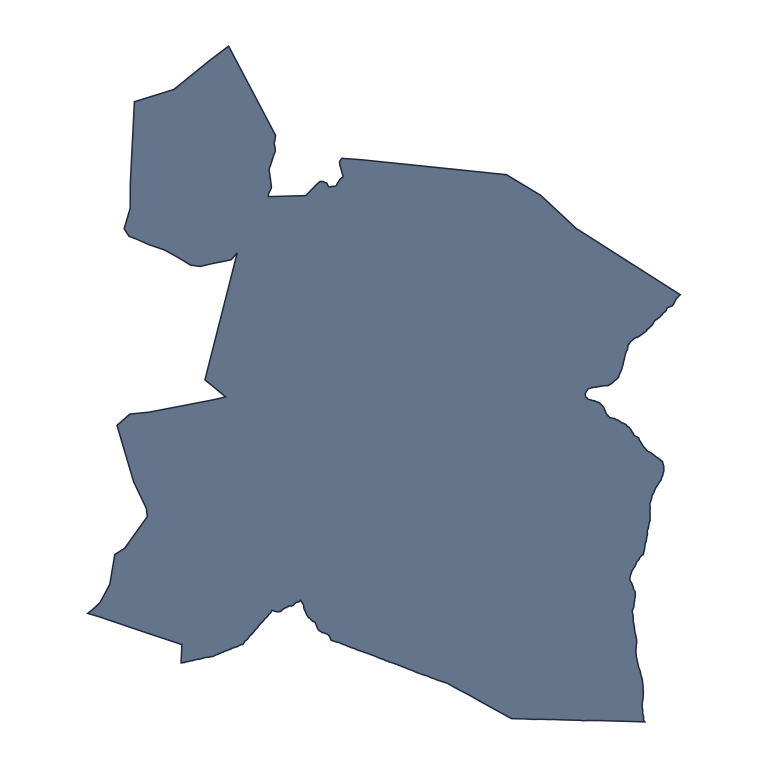 the district of Ranerou, Matam, Senegal
{"feature_id": "50182788B34306626760019", "entity_name": "Ranerou", "entity_type": "district", "adm_level": 2, "iso_a3": "SEN", "parent_name": "Senegal", "parent_adm1": "Matam", "projection": "robinson", "projection_center": [-14.026, 15.106], "detail": "fine", "context": "isolated", "style": "filled", "palette": "slate", "viewbox_px": 768, "rotation_deg": 0, "n_neighbors": 0, "source": "geoboundaries", "source_scale": "gbopen_adm2", "svg_char_len": 6114}
<svg xmlns="http://www.w3.org/2000/svg" viewBox="0 0 768 768"><path d="M680.3,294.8L576.1,228.4L540.8,195.4L506.5,174.7L361.3,159.7L341.9,158.3L340.0,160.8L339.5,162.3L339.7,164.4L342.5,174.5L343.0,175.5L343.0,176.8L340.5,178.7L339.6,179.9L336.9,184.3L336.1,185.9L335.1,186.3L332.1,186.3L330.2,187.0L328.7,186.7L328.1,186.1L327.0,183.3L326.2,182.8L325.0,182.6L323.2,181.5L320.1,181.4L315.7,185.3L305.9,195.5L302.6,195.7L268.5,196.6L268.3,195.4L268.4,194.4L268.8,193.3L271.3,188.2L271.4,186.9L270.8,181.5L269.5,172.3L269.1,170.6L269.1,169.7L269.6,167.5L270.7,164.9L273.9,154.7L275.2,151.8L275.3,150.1L274.8,146.1L274.3,143.9L274.3,143.3L274.3,142.2L274.7,141.3L275.6,135.4L228.6,46.1L210.2,60.0L173.8,89.5L134.4,101.7L130.3,183.6L130.2,208.2L124.1,228.7L129.0,236.3L136.4,239.1L148.7,244.6L164.7,250.1L179.4,258.3L190.5,265.1L200.3,266.5L211.4,263.8L231.1,259.8L237.2,253.0L204.9,379.9L215.7,388.6L225.5,396.9L212.7,399.9L149.4,412.1L129.8,414.1L117.0,425.4L133.6,481.7L146.3,508.4L147.3,516.6L124.6,548.3L114.8,554.5L109.8,584.2L100.0,602.6L93.5,608.7L87.7,613.4L99.8,617.0L146.9,633.0L181.9,644.6L181.0,663.5L181.2,663.0L182.1,662.9L182.6,662.5L184.1,662.7L185.7,662.0L188.4,661.5L190.9,660.8L192.2,660.8L195.3,659.7L196.7,659.6L198.4,659.1L199.2,659.3L202.7,658.4L203.6,657.8L209.9,657.0L210.6,656.6L211.9,656.7L214.0,656.0L215.8,654.9L218.1,654.3L219.1,653.5L220.0,653.5L222.1,652.3L223.3,652.2L224.5,651.2L226.0,650.9L231.0,649.0L232.4,648.1L233.5,647.9L234.5,647.4L237.3,646.7L239.9,645.2L241.7,644.5L242.7,644.5L243.4,643.9L244.8,641.5L245.5,640.7L246.3,640.3L247.2,639.4L248.2,638.3L249.6,636.0L250.7,635.4L251.1,634.5L251.7,634.3L253.8,631.9L255.3,629.8L257.6,627.6L258.6,625.9L259.8,624.4L260.7,623.7L262.4,621.7L263.4,621.0L264.8,618.9L265.8,618.2L266.4,617.6L267.7,616.1L269.2,614.0L270.3,613.2L270.9,612.5L271.7,610.8L272.0,610.4L272.9,610.6L275.7,611.6L278.0,611.9L281.0,611.3L281.6,610.4L284.3,608.4L285.6,607.7L286.8,607.5L287.4,606.8L288.1,606.8L288.3,606.2L289.1,605.8L289.7,606.0L290.2,605.8L291.2,606.2L293.0,605.4L295.1,603.4L297.0,602.0L298.5,602.0L299.3,601.7L300.5,600.3L303.0,604.0L303.5,605.0L303.7,605.6L303.7,607.3L304.0,608.7L306.8,615.0L307.3,615.9L307.9,616.5L308.4,617.4L309.9,618.4L312.4,621.1L314.0,621.8L315.3,622.6L317.6,628.8L319.5,630.9L320.9,631.5L322.0,632.7L323.6,632.6L326.2,633.9L326.9,634.0L327.6,634.6L328.5,635.0L329.9,637.1L330.4,638.5L330.7,638.8L331.0,640.2L336.9,642.2L338.1,642.2L339.3,642.7L343.2,644.5L344.5,644.8L346.7,645.7L347.8,646.4L349.0,646.6L351.0,647.6L355.2,648.8L356.2,649.5L357.9,650.2L361.9,651.4L363.9,652.3L365.6,652.7L367.4,653.3L367.9,653.7L369.6,654.0L370.6,654.7L373.6,655.5L374.6,656.2L375.5,656.3L377.9,657.6L384.3,659.9L386.2,660.9L387.4,661.0L388.4,661.7L393.9,663.4L395.4,664.1L396.8,664.3L398.7,665.3L400.7,665.9L402.5,666.8L404.6,667.4L406.4,668.3L412.1,670.5L413.4,670.8L414.3,671.5L416.9,672.6L424.5,675.3L425.4,675.4L427.9,676.2L431.4,677.9L433.5,678.4L437.1,680.0L445.1,682.6L446.3,682.8L457.8,689.2L469.0,695.0L479.6,701.1L511.6,718.7L524.3,718.9L532.3,719.4L542.4,719.3L549.4,719.6L554.0,719.5L562.6,719.9L579.5,720.3L583.5,720.7L587.9,720.5L600.1,720.6L644.8,721.9L643.6,720.3L643.5,719.1L643.7,716.9L642.8,714.0L642.6,712.5L642.8,710.5L642.2,707.1L642.3,703.3L642.5,701.5L643.0,699.0L643.4,693.3L643.2,692.1L643.4,690.8L643.1,689.7L643.1,687.2L642.5,681.3L642.1,678.5L640.9,675.1L640.3,671.3L638.9,667.9L638.3,665.5L636.3,656.3L635.9,651.8L636.3,645.6L636.7,642.7L636.6,639.5L635.8,635.6L634.9,632.1L634.2,625.8L633.4,622.1L633.2,620.0L633.2,616.8L632.9,614.3L632.3,612.5L632.4,610.2L633.7,607.7L633.9,606.3L634.1,604.9L634.0,603.3L634.5,602.0L634.7,599.1L635.4,596.0L635.3,592.4L634.7,590.9L633.3,588.6L633.1,586.6L631.9,583.5L630.1,580.5L629.8,578.8L630.1,577.7L630.1,576.4L631.4,572.6L632.2,570.5L635.3,565.8L636.7,562.0L639.2,559.3L639.3,558.6L639.8,557.6L641.7,555.3L643.0,554.9L643.6,553.9L643.7,552.4L644.5,549.6L645.3,543.3L646.2,541.3L646.9,536.4L647.4,534.9L647.5,533.9L647.2,531.3L647.5,529.9L648.3,528.4L649.2,522.8L650.3,520.1L650.0,518.7L650.2,516.0L650.0,513.9L650.2,512.8L649.8,511.8L650.2,509.7L649.9,503.7L651.7,498.3L652.2,495.1L653.8,492.7L654.7,490.2L655.9,487.7L657.4,485.4L659.1,482.6L661.1,480.0L661.7,477.5L662.7,475.7L663.2,472.9L663.6,472.1L664.0,470.0L663.7,468.7L663.9,467.6L663.5,464.9L663.0,463.8L662.6,461.6L658.6,458.4L656.0,456.8L654.0,455.1L651.0,452.9L647.8,451.2L646.5,450.2L645.4,448.5L643.1,446.2L641.3,442.8L640.6,442.1L640.2,441.2L639.3,440.2L639.2,439.4L638.8,438.0L637.7,437.5L637.0,436.8L635.0,435.9L634.2,435.3L633.3,434.2L633.4,433.5L631.9,431.5L631.3,430.1L630.5,429.1L629.9,428.7L629.1,427.3L627.0,426.0L626.1,424.7L625.1,424.0L621.2,422.4L617.7,419.9L616.1,419.5L615.4,419.3L614.8,418.6L613.9,418.4L610.4,417.8L609.7,417.5L606.5,414.0L605.8,412.6L605.3,410.9L604.8,410.2L604.3,408.6L603.2,406.7L602.4,405.6L601.4,405.0L600.7,403.9L600.2,403.6L599.2,402.6L598.6,402.6L597.9,402.0L597.5,402.2L594.3,400.6L593.0,400.7L590.2,399.7L589.0,399.5L587.6,398.8L587.1,397.9L585.9,397.2L585.2,394.8L585.6,392.8L586.8,390.7L587.5,390.1L588.2,388.7L590.7,388.2L591.7,387.5L592.2,387.8L593.1,387.4L595.2,387.4L595.8,386.8L596.3,387.1L597.4,387.0L598.8,386.4L599.5,386.6L603.0,385.8L603.6,386.0L605.0,385.5L607.0,385.8L608.8,385.4L609.7,384.4L611.8,383.6L612.8,382.3L613.6,381.8L614.1,381.0L616.9,379.1L617.8,377.9L618.4,377.5L618.8,376.7L618.9,375.7L622.1,368.6L621.9,367.1L622.9,365.4L623.4,363.3L623.4,362.1L624.3,359.6L625.0,355.2L625.4,354.6L625.9,352.5L626.9,350.4L627.5,349.8L628.2,344.4L628.7,343.9L629.2,344.0L630.1,342.2L631.5,340.9L633.2,339.6L634.2,338.5L637.1,337.1L637.6,337.5L638.3,336.7L639.7,336.1L640.5,335.1L641.5,334.8L646.5,330.9L646.9,329.6L647.4,329.7L647.9,328.9L649.3,327.9L650.2,326.9L652.3,325.0L653.9,322.0L655.5,319.9L656.8,319.5L658.4,317.9L659.3,317.6L659.9,317.0L660.6,316.4L661.2,315.3L662.2,314.8L662.7,313.6L663.3,312.9L665.1,311.8L666.0,310.8L667.2,307.9L668.2,307.3L670.0,306.8L671.1,306.1L672.0,306.1L672.5,305.2L673.2,304.8L673.8,303.7L675.5,300.2L676.5,298.6L678.2,296.8L679.0,295.8L680.3,294.8Z" fill="#64748b" stroke="#1e293b" stroke-width="1.5"/></svg>